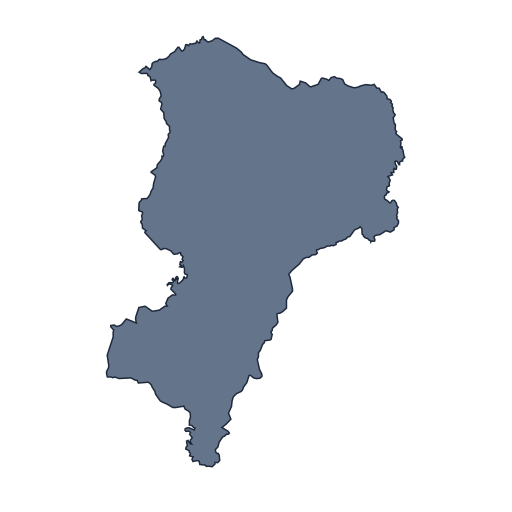 the district of Krong Bong, Đắk Lắk, Vietnam, rotated 275°
{"feature_id": "81297802B29162792012865", "entity_name": "Krong Bong", "entity_type": "district", "adm_level": 2, "iso_a3": "VNM", "parent_name": "Vietnam", "parent_adm1": "Đắk Lắk", "projection": "albers", "projection_center": [108.512, 12.452], "detail": "fine", "context": "isolated", "style": "filled", "palette": "slate", "viewbox_px": 512, "rotation_deg": 275, "n_neighbors": 0, "source": "geoboundaries", "source_scale": "gbopen_adm2", "svg_char_len": 6105}
<svg xmlns="http://www.w3.org/2000/svg" viewBox="0 0 512 512"><g transform="rotate(275 256 256)"><path d="M42.1,224.8L42.5,227.8L42.2,230.6L44.9,233.1L46.8,233.2L46.8,235.8L49.2,237.7L54.4,236.7L56.1,235.5L55.8,234.6L56.9,233.2L59.4,232.3L62.5,234.7L67.3,235.5L72.8,238.5L73.8,240.4L75.8,242.1L76.1,244.1L77.3,244.9L78.9,243.5L82.2,237.0L85.6,240.6L91.2,245.2L97.1,242.3L104.0,244.7L109.5,244.8L113.8,245.7L117.2,248.6L119.7,252.9L121.1,254.1L124.5,255.1L129.1,257.9L136.4,259.5L136.6,261.1L134.3,264.2L133.9,267.4L134.7,270.8L136.8,272.5L138.8,272.1L143.5,269.3L153.0,266.3L155.7,267.2L159.9,266.9L162.3,268.5L168.5,270.3L170.3,271.8L172.3,272.0L173.6,277.4L174.3,278.3L179.3,279.0L181.3,277.4L183.3,278.6L185.6,278.7L188.9,282.0L191.8,283.6L199.6,281.9L200.5,282.3L201.2,285.0L203.0,287.5L206.7,290.9L214.9,290.2L218.4,291.5L224.1,295.5L226.9,295.1L238.2,291.6L240.5,290.2L244.7,293.0L251.6,299.7L257.3,303.4L258.9,306.1L259.4,309.1L261.8,311.6L262.7,315.5L264.3,316.8L266.6,315.7L267.5,316.0L267.6,317.2L269.0,319.0L270.2,323.3L272.2,326.3L272.4,329.0L273.2,329.9L273.0,332.2L274.5,334.8L276.5,334.7L277.2,336.7L278.2,337.6L278.4,340.1L279.8,341.8L280.6,343.8L282.9,345.8L283.6,347.8L290.6,351.9L292.8,356.0L294.3,357.2L292.3,359.1L287.0,359.8L286.2,361.0L285.1,361.4L283.6,363.2L283.1,365.8L281.8,367.0L281.4,368.5L280.0,369.1L280.7,369.3L281.2,372.9L282.7,373.0L285.2,371.7L286.9,373.2L288.2,377.7L292.5,383.3L291.5,387.8L294.1,391.3L296.3,391.0L298.2,393.9L301.2,395.1L303.8,394.8L305.4,392.9L307.4,393.2L309.0,392.4L311.2,393.3L315.2,392.6L316.9,393.5L318.5,391.8L320.7,391.3L323.4,389.1L323.5,387.8L323.0,386.6L320.8,385.4L320.5,384.7L323.0,381.4L323.6,379.6L325.2,378.8L327.4,378.9L328.3,380.4L330.1,380.6L330.8,382.5L331.5,383.0L332.4,380.9L333.3,380.2L336.3,380.5L337.6,382.8L340.0,382.3L343.0,383.1L345.4,381.8L346.7,380.4L348.7,384.9L350.8,383.3L351.3,386.0L354.4,385.6L355.3,385.9L354.4,387.7L354.7,388.2L357.6,388.4L359.8,386.7L362.4,386.3L362.8,387.2L362.4,388.6L359.5,390.4L359.5,391.1L361.8,390.8L363.0,392.1L363.4,393.8L364.9,393.6L367.4,395.6L368.8,394.6L374.1,393.2L376.0,392.0L377.4,392.1L377.5,391.3L376.2,391.0L376.7,390.3L380.9,390.6L383.2,389.9L384.3,391.5L385.4,391.4L390.0,384.6L392.2,385.3L393.6,383.7L399.2,383.4L400.6,381.9L405.6,380.7L408.8,382.4L410.8,380.5L414.4,379.4L415.7,379.7L416.8,378.5L419.2,378.6L420.4,376.9L422.0,377.4L423.6,375.9L424.0,373.1L426.7,372.4L429.8,369.6L430.6,368.0L430.2,366.5L433.9,364.1L433.8,361.7L437.3,358.7L436.2,356.3L436.3,350.4L434.5,345.2L433.0,342.8L432.1,338.9L433.5,332.8L435.1,329.4L439.4,326.9L440.2,324.0L440.2,320.9L441.5,318.6L440.3,315.3L437.2,313.2L438.3,311.1L439.0,307.1L438.8,305.7L432.4,302.9L429.3,295.9L429.3,295.1L432.8,290.3L434.1,284.8L430.7,284.4L426.4,279.4L425.6,277.2L428.3,271.9L435.4,265.1L436.9,261.6L439.9,256.6L447.1,250.1L448.3,248.3L449.0,242.4L451.0,233.6L455.7,225.4L457.7,223.8L461.3,218.7L469.7,199.4L469.6,198.0L469.0,197.4L469.4,196.6L466.6,193.5L465.0,189.7L466.1,187.5L467.0,186.9L466.9,185.6L469.9,184.3L469.4,183.4L467.0,182.8L466.5,181.5L463.4,181.3L463.5,179.9L465.0,178.5L462.3,177.1L462.4,175.7L461.4,173.7L461.7,171.8L459.6,170.3L460.6,168.9L460.4,167.6L455.9,166.7L453.9,165.1L453.7,163.9L457.1,161.2L457.2,160.0L452.3,157.0L449.9,153.3L447.5,152.0L444.9,149.5L443.6,146.1L443.5,142.5L441.3,140.7L441.2,139.1L439.5,136.4L438.4,135.7L435.4,135.7L432.4,134.0L435.4,129.9L433.8,129.0L432.7,127.0L428.9,123.5L427.8,126.0L428.4,131.0L427.9,132.1L426.4,132.5L425.5,134.8L421.4,136.2L422.1,137.2L422.4,140.1L422.0,140.6L419.8,141.0L418.2,139.4L417.2,139.5L414.4,144.1L411.4,146.3L407.0,147.6L404.5,146.1L402.2,145.9L400.7,148.4L399.3,149.0L393.9,148.2L390.8,151.6L384.9,152.5L382.0,154.9L380.1,155.3L377.6,158.5L374.0,158.9L372.7,159.7L371.5,159.5L369.4,157.9L366.6,158.6L360.0,155.8L357.5,155.9L357.3,154.5L356.8,154.4L352.5,153.9L348.5,155.2L347.2,154.9L347.2,153.5L345.1,153.9L342.2,152.5L338.5,149.8L335.2,149.5L330.9,144.3L330.2,144.2L327.8,148.3L326.1,149.1L319.7,147.7L314.8,147.5L311.2,145.8L308.3,145.2L304.9,143.3L303.8,142.4L303.0,137.2L300.9,136.6L299.9,135.4L298.5,134.9L291.3,135.2L290.6,136.1L290.1,138.9L288.9,139.3L286.0,138.5L283.4,139.4L281.9,139.3L280.4,138.2L279.3,138.4L277.6,139.9L273.9,140.5L271.6,144.3L270.0,143.1L269.2,143.7L254.3,160.0L254.0,161.0L255.4,163.6L255.5,165.8L253.6,170.9L250.8,173.6L250.6,174.4L251.3,177.5L252.8,180.2L252.5,180.7L250.6,181.0L249.1,183.3L246.1,182.7L245.1,183.9L243.3,182.7L243.8,181.3L243.4,181.1L240.7,180.9L240.0,182.5L238.6,181.0L238.3,183.4L238.9,184.4L239.8,184.6L237.2,185.9L233.2,186.1L232.0,186.7L231.4,189.2L230.5,189.2L228.2,188.9L227.7,186.8L228.9,186.3L228.6,185.8L226.2,185.6L222.1,181.9L221.8,180.4L223.9,180.0L226.8,180.5L228.4,179.6L228.6,178.8L226.9,177.6L226.1,178.3L226.8,179.6L226.0,179.5L225.5,177.6L224.2,177.5L224.2,177.1L226.5,175.3L226.3,174.9L225.0,174.5L224.0,176.0L222.1,175.5L221.9,171.7L219.7,170.0L219.0,170.3L220.4,171.5L220.6,173.1L219.6,175.4L219.0,175.5L216.8,174.1L215.5,174.1L211.0,179.4L210.3,179.4L209.9,178.2L210.0,176.2L206.3,172.0L200.7,170.2L198.3,172.0L198.0,169.5L193.7,164.5L192.2,159.0L192.0,157.3L196.3,149.9L194.5,143.8L185.1,141.6L182.8,141.5L178.8,142.6L182.0,132.3L176.0,128.2L174.5,125.9L173.6,123.0L174.9,121.0L174.1,117.4L172.8,117.5L169.8,120.7L167.4,120.3L163.1,120.8L144.2,116.4L133.9,118.9L131.6,118.8L128.1,117.3L126.2,117.3L122.8,118.3L122.5,118.9L122.9,122.0L122.3,123.9L123.1,126.1L122.0,130.2L123.7,142.1L121.9,146.1L121.7,148.5L119.2,149.9L120.9,159.8L118.6,162.9L116.6,163.8L112.2,167.1L109.6,168.0L103.6,173.0L102.6,174.7L100.7,180.3L97.8,186.4L98.0,189.1L100.1,197.2L97.3,198.7L95.6,202.4L93.9,204.1L89.5,204.8L86.7,204.0L81.8,204.3L81.4,207.2L79.9,208.6L79.4,210.2L77.3,209.7L79.0,204.6L78.8,202.4L77.8,200.5L76.1,200.5L75.2,201.5L75.7,204.5L74.4,206.1L72.5,205.5L69.4,208.3L66.9,206.7L65.4,206.6L63.0,208.3L63.3,206.5L66.4,204.4L65.5,202.9L60.7,204.2L59.5,203.0L57.6,202.8L56.3,206.3L54.9,206.6L53.7,207.8L51.1,207.3L50.5,210.8L47.8,209.9L45.8,211.1L47.0,214.9L46.7,217.2L43.4,218.2L43.2,223.7L42.1,224.8Z" fill="#64748b" stroke="#1e293b" stroke-width="1.5"/></g></svg>